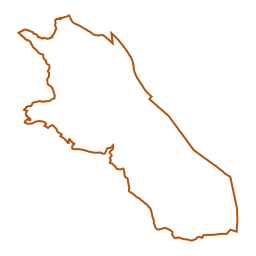 the district of Poiana Campina, Prahova, Romania
{"feature_id": "2599482B35117184166461", "entity_name": "Poiana Campina", "entity_type": "district", "adm_level": 2, "iso_a3": "ROU", "parent_name": "Romania", "parent_adm1": "Prahova", "projection": "robinson", "projection_center": [25.703, 45.113], "detail": "fine", "context": "isolated", "style": "outline", "palette": "amber", "viewbox_px": 256, "rotation_deg": 0, "n_neighbors": 0, "source": "geoboundaries", "source_scale": "gbopen_adm2", "svg_char_len": 5637}
<svg xmlns="http://www.w3.org/2000/svg" viewBox="0 0 256 256"><path d="M230.3,176.9L224.7,173.4L223.1,171.6L218.9,168.6L216.4,166.4L214.1,164.9L211.7,163.2L193.9,150.2L192.5,148.4L184.0,136.7L178.4,129.3L176.6,126.7L170.7,118.8L168.9,116.2L149.4,99.1L151.6,96.6L147.9,93.3L145.9,91.2L144.1,88.7L143.0,86.8L137.0,77.6L135.0,73.3L134.1,70.5L133.4,65.1L132.6,61.4L132.1,59.9L130.9,57.4L128.1,52.9L125.3,48.8L122.4,45.0L120.7,42.9L119.1,40.9L117.5,39.0L111.5,33.2L112.7,43.4L105.0,36.5L102.9,35.1L100.5,35.1L98.4,35.5L95.4,35.1L93.4,34.5L90.7,32.3L79.8,25.8L74.4,23.4L72.4,21.9L71.6,20.6L69.2,15.4L66.5,16.6L61.2,18.1L61.1,17.9L59.4,18.2L59.4,18.4L59.9,19.0L59.6,19.0L58.3,18.8L58.1,18.8L57.9,19.0L57.5,18.9L57.0,19.0L56.5,18.9L56.1,19.3L56.0,19.6L55.5,19.9L55.6,20.1L55.2,21.2L55.3,21.9L55.5,22.4L55.6,22.7L55.4,24.0L55.1,24.8L55.2,25.7L55.3,26.3L56.0,27.4L56.3,28.9L55.4,29.8L55.4,30.8L53.7,34.3L53.1,34.9L52.3,35.5L52.4,36.0L52.7,36.3L52.6,36.5L52.0,36.7L51.6,36.9L51.6,37.5L51.4,37.8L50.1,37.9L49.3,38.6L48.2,38.5L46.6,38.7L45.8,38.1L45.0,38.2L44.1,38.3L43.6,37.9L43.2,38.1L43.1,38.4L42.8,38.5L42.2,38.5L41.3,38.3L40.4,37.6L39.9,37.3L39.4,37.4L39.1,37.0L38.2,37.0L38.3,36.6L37.2,35.4L36.6,34.4L34.6,33.8L34.1,33.4L33.6,33.4L33.4,33.5L33.0,32.4L32.8,32.2L28.9,30.6L26.8,29.9L25.9,29.9L24.9,29.6L24.1,29.6L23.7,29.8L22.5,30.8L22.0,31.1L20.2,31.8L18.6,32.7L20.7,34.8L21.5,35.3L21.5,35.6L22.4,36.0L22.5,36.3L22.8,36.6L24.9,38.4L24.9,38.5L25.1,38.5L25.4,39.0L26.0,39.6L26.7,40.0L26.7,39.8L26.9,39.8L28.0,40.1L28.7,40.5L29.5,41.0L31.0,42.8L31.1,43.2L30.9,43.6L32.3,45.3L32.8,47.0L35.1,48.9L36.7,50.5L37.5,51.3L38.5,52.7L39.3,53.3L40.9,53.9L42.4,54.3L43.2,54.9L43.3,55.3L43.2,56.7L43.4,57.4L44.0,58.7L44.6,59.7L45.5,60.2L46.2,60.9L46.3,61.3L46.1,62.1L46.1,62.4L46.7,63.5L46.9,63.7L47.8,64.4L49.0,64.9L49.1,65.1L49.5,67.3L49.5,67.7L49.4,68.1L49.2,68.9L48.0,70.9L47.9,71.3L48.1,71.9L48.8,72.4L49.1,73.0L49.1,73.4L48.9,75.0L48.9,76.7L47.3,79.0L47.1,79.5L47.7,83.9L47.9,84.3L48.6,85.0L49.1,85.3L50.4,85.8L50.8,86.2L52.6,88.5L52.6,88.8L52.6,89.1L52.6,89.6L53.2,90.4L53.5,91.0L53.8,92.2L53.9,93.2L54.5,94.5L54.7,95.2L54.6,96.3L54.5,98.3L54.1,98.4L51.8,99.4L50.4,100.3L49.7,100.9L49.0,101.1L45.6,101.3L44.2,101.6L43.1,101.7L41.7,101.5L39.7,101.1L38.2,101.4L35.9,102.1L34.6,102.2L32.9,102.9L32.6,103.1L32.3,103.5L32.0,104.6L31.7,105.0L31.5,105.3L31.3,105.8L31.2,105.9L30.2,106.3L28.2,106.1L27.1,106.8L26.4,107.0L26.0,107.3L25.9,108.0L25.6,108.4L24.0,109.7L24.0,110.0L24.3,110.2L25.8,110.3L27.1,110.8L26.9,111.0L26.0,112.7L25.8,113.5L25.8,114.2L26.5,115.8L26.7,115.7L27.1,115.9L27.2,116.5L27.6,117.1L29.2,118.0L30.1,118.8L30.5,119.4L30.3,119.8L30.3,120.1L30.0,120.1L29.6,119.9L29.4,120.2L29.1,120.2L28.7,119.4L28.0,119.1L27.7,119.1L26.7,119.8L25.7,120.7L25.0,121.5L24.6,122.5L25.0,122.8L26.0,122.8L26.8,123.4L27.7,123.8L28.1,123.8L29.1,123.7L31.9,123.5L35.4,121.7L37.6,121.2L39.7,121.1L40.7,121.2L43.2,121.6L43.9,121.8L44.4,122.3L45.2,122.6L45.6,122.9L45.9,123.6L46.0,124.0L45.9,124.3L45.4,124.9L44.4,125.8L44.5,125.9L44.9,126.2L46.8,127.2L48.0,128.0L49.1,126.8L49.4,126.6L51.4,125.6L52.3,125.0L53.7,126.0L55.1,127.6L56.2,128.7L56.3,128.8L56.6,129.7L56.8,130.1L57.2,131.0L58.0,132.2L59.3,133.0L60.4,133.5L61.2,134.0L61.6,134.3L61.7,134.6L61.6,134.9L60.4,136.1L63.0,137.8L64.2,138.6L65.9,140.4L67.5,142.5L68.0,143.0L68.4,143.1L68.7,143.0L68.7,140.8L69.0,139.3L69.2,139.0L69.5,139.1L69.8,139.5L70.3,140.4L71.8,141.6L72.0,142.1L72.7,143.0L73.6,143.3L74.3,143.4L74.3,143.9L74.1,144.2L73.6,144.7L72.6,145.3L72.4,145.5L72.2,146.0L72.2,148.6L73.5,149.0L75.7,149.3L79.0,149.1L80.1,149.4L83.4,149.9L84.7,150.4L87.5,151.1L89.1,151.7L91.5,152.1L93.4,152.5L94.9,152.7L98.5,152.8L99.1,152.5L100.1,152.4L102.3,153.4L103.2,153.7L104.0,153.8L104.6,153.7L104.9,153.4L105.8,151.8L106.6,149.6L107.0,148.8L107.3,148.3L108.1,148.1L109.9,148.0L110.8,147.7L111.7,147.0L113.1,145.1L113.2,145.4L113.2,146.3L113.1,148.4L112.9,149.0L112.2,149.7L110.1,151.4L109.9,151.7L109.6,152.2L109.7,152.6L109.9,153.1L110.3,153.6L111.3,154.7L111.6,155.2L111.7,155.5L111.6,156.1L110.3,157.3L109.9,158.0L110.0,158.5L110.7,159.5L110.9,160.0L110.9,160.3L109.9,161.9L109.8,162.5L109.9,163.0L110.2,163.2L110.6,163.4L112.3,163.5L112.6,163.7L113.4,164.9L115.3,166.5L116.0,167.7L116.4,168.5L116.8,168.8L119.4,169.4L120.1,169.5L120.5,169.5L122.6,168.6L123.1,168.5L123.3,168.7L123.8,169.5L124.1,171.0L124.2,172.0L124.5,172.6L124.4,173.6L124.6,175.1L124.8,176.0L124.9,176.4L125.5,177.1L127.5,178.5L127.8,179.2L128.2,182.7L128.6,184.3L128.7,185.7L129.2,187.3L129.2,188.8L128.9,190.4L128.9,190.8L129.0,191.2L129.4,191.6L129.8,191.9L131.8,193.0L133.1,193.9L135.3,195.9L136.1,196.6L139.5,198.6L141.3,200.3L143.3,201.6L144.8,203.2L146.6,204.3L147.2,204.9L148.4,206.5L150.3,208.4L150.8,209.6L151.9,213.6L152.3,216.1L152.6,217.1L153.1,218.2L153.7,220.2L153.8,220.7L153.8,223.3L154.0,223.7L154.6,225.0L155.3,227.5L156.2,228.5L156.8,229.0L157.9,229.6L158.2,229.6L159.8,229.3L161.1,228.9L162.2,228.7L163.7,228.2L164.4,227.9L164.8,227.8L165.4,228.0L169.7,229.8L172.2,231.7L172.4,232.1L172.2,234.0L172.2,234.6L172.3,234.8L173.9,237.1L174.2,237.4L175.0,238.0L175.4,238.2L176.2,238.2L176.6,238.0L176.9,237.7L177.4,237.5L178.3,237.5L179.7,237.9L181.0,238.2L182.6,238.8L184.2,239.2L186.2,239.3L187.4,239.5L191.5,240.6L192.4,240.4L195.2,239.3L196.1,239.0L196.6,238.2L197.3,237.4L197.7,237.2L198.5,237.1L199.6,236.8L200.5,237.1L201.7,237.8L202.2,237.9L202.6,237.2L202.8,236.2L203.4,235.3L203.8,235.2L204.8,235.1L205.3,235.3L207.0,234.9L213.7,234.8L219.8,234.0L222.5,233.8L223.1,233.9L226.9,233.8L228.7,231.6L230.5,229.7L236.6,231.7L237.4,219.8L237.0,208.3L230.3,176.9Z" fill="none" stroke="#b45309" stroke-width="2"/></svg>